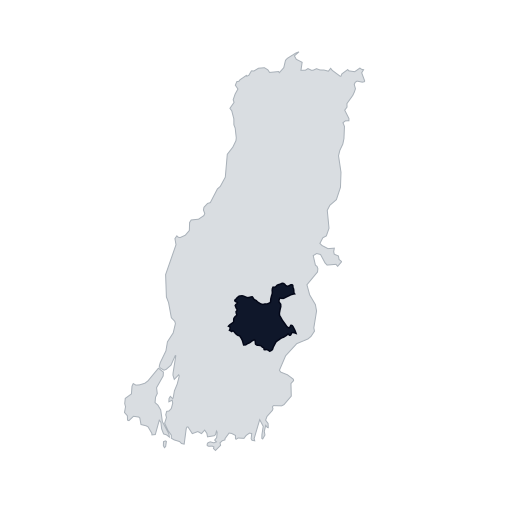 Konya on a map of Turkey (Robinson projection), rotated 287°
{"feature_id": "TUR-3011", "entity_name": "Konya", "entity_type": "Province", "adm_level": 1, "iso_a3": "TUR", "parent_name": "Turkey", "parent_adm1": "", "projection": "robinson", "projection_center": [32.808, 37.948], "detail": "fine", "context": "in_parent", "style": "filled", "palette": "ink", "viewbox_px": 512, "rotation_deg": 287, "n_neighbors": 0, "source": "natural_earth", "source_scale": "10m", "svg_char_len": 5974}
<svg xmlns="http://www.w3.org/2000/svg" viewBox="0 0 512 512"><g transform="rotate(287 256 256)"><path d="M389.6,187.9L396.5,190.1L398.7,188.5L404.8,188.7L410.4,189.9L413.3,186.3L417.2,186.7L418.0,188.5L419.9,189.2L425.9,194.0L425.2,194.6L426.7,196.3L431.7,197.5L432.3,199.9L436.3,203.5L438.5,209.0L437.5,212.9L435.5,215.3L439.0,223.7L438.1,224.7L444.2,227.5L451.8,227.0L454.2,228.2L461.8,234.8L463.8,237.4L458.6,234.2L455.9,237.0L454.7,243.5L446.7,244.7L448.1,248.9L450.4,250.9L449.8,254.9L450.5,256.5L452.8,259.1L452.6,262.8L453.7,266.6L453.9,271.2L457.3,272.5L455.8,274.7L452.5,283.9L452.8,284.7L455.3,284.9L461.1,289.2L460.2,290.6L461.1,296.5L466.1,300.4L465.4,302.4L465.6,304.4L462.1,303.5L455.1,308.8L454.3,308.6L453.3,306.8L452.8,301.5L451.1,300.1L448.8,299.8L445.0,302.2L441.5,302.1L437.9,301.6L428.4,298.4L425.0,299.5L421.4,298.2L414.6,304.7L412.5,305.3L411.4,302.0L408.9,300.2L405.8,302.7L393.9,305.8L388.4,306.3L381.6,305.3L376.0,305.6L360.9,312.8L346.4,316.7L333.4,316.4L326.1,311.8L320.5,310.8L303.9,317.7L295.8,317.4L293.0,314.6L286.7,313.4L285.3,316.1L284.1,322.7L286.4,328.6L282.9,329.0L280.6,330.3L280.1,334.8L276.9,336.5L275.8,339.3L275.2,339.4L270.0,337.1L271.4,334.9L268.1,326.6L269.6,324.0L276.3,317.3L276.1,313.3L273.1,310.6L264.6,315.5L263.9,317.4L261.9,318.9L258.7,319.5L243.4,313.1L234.5,318.7L226.9,327.0L221.1,330.0L204.2,332.3L201.2,333.9L195.4,332.2L191.9,330.0L184.1,320.6L169.3,313.5L153.6,311.8L152.2,313.6L151.6,320.8L149.1,327.7L147.8,328.4L144.3,326.7L132.3,330.7L122.0,326.2L120.2,324.3L118.0,316.4L116.5,315.8L114.9,316.9L113.1,316.8L105.8,313.4L101.8,313.2L99.4,316.5L95.4,317.9L95.3,317.0L96.9,314.8L90.7,315.2L87.4,316.9L83.0,315.9L83.3,314.9L86.9,313.9L95.2,312.7L100.6,307.4L80.8,307.6L78.9,308.8L78.6,306.1L79.8,304.8L85.0,303.8L84.7,301.5L81.6,299.1L78.1,297.8L76.7,292.1L75.0,290.6L75.2,289.8L78.4,288.8L79.2,284.6L78.8,282.0L72.5,279.8L71.0,280.0L69.5,277.8L66.8,276.2L64.6,277.5L58.2,274.1L59.5,271.6L61.1,271.6L61.4,269.7L60.2,266.5L60.4,264.8L61.8,264.3L63.4,264.7L64.9,266.6L65.0,270.3L66.7,272.5L67.9,270.3L70.8,271.5L76.1,270.4L77.1,269.4L73.3,269.5L71.9,268.6L68.9,262.5L72.1,260.8L74.5,257.8L70.2,255.8L71.1,251.7L67.5,247.0L72.6,241.0L72.4,240.1L70.8,239.7L55.1,242.3L54.9,239.6L56.2,237.2L56.2,231.5L57.0,228.3L59.9,227.4L63.5,222.8L69.4,217.5L75.4,217.6L77.8,216.1L81.3,216.0L82.3,218.1L85.4,219.6L90.9,219.4L93.6,218.0L91.1,215.3L94.2,214.5L96.7,215.1L95.3,218.0L96.0,218.3L103.2,217.4L110.6,218.1L118.8,217.7L119.8,216.8L114.1,213.9L117.8,211.4L119.9,210.9L137.1,208.5L137.2,207.9L126.7,206.6L121.3,203.2L119.9,201.4L121.0,196.9L122.2,195.7L126.0,195.6L138.9,197.6L148.1,196.4L158.2,199.3L167.8,198.7L169.8,197.4L172.2,193.1L185.9,186.0L190.6,182.3L211.8,175.0L243.4,176.2L248.9,173.4L252.1,174.4L251.2,176.2L251.4,178.0L255.2,182.3L260.9,184.8L268.7,182.7L271.5,183.5L274.4,190.3L279.4,194.3L281.6,194.6L284.6,192.3L287.4,192.0L292.1,194.3L293.7,196.7L308.9,199.5L312.1,201.5L322.4,203.6L344.9,198.8L353.3,202.0L360.3,203.1L363.2,202.6L372.2,198.7L375.0,196.5L380.7,194.7L387.7,190.4L389.6,187.9ZM98.1,175.9L97.4,178.9L98.7,182.3L101.8,186.9L105.0,189.2L120.2,195.5L117.9,201.4L114.1,202.3L101.0,199.4L95.6,201.8L91.7,201.2L86.3,202.3L84.7,205.8L80.9,209.9L70.2,214.9L60.3,224.8L57.5,226.1L58.8,222.7L58.8,219.7L63.1,216.3L69.1,213.7L70.7,211.5L55.8,211.9L54.5,208.8L56.0,208.2L61.0,202.8L61.5,200.6L61.2,195.3L67.2,192.2L67.7,190.9L66.9,185.7L61.4,182.6L61.5,181.1L65.6,179.7L67.9,176.0L73.7,175.3L76.5,173.6L81.6,172.6L87.7,177.2L95.2,175.5L98.1,175.9ZM52.5,224.5L47.4,225.3L45.9,224.5L47.5,222.9L51.4,221.8L52.7,223.4L52.5,224.5Z" fill="#d9dde1" stroke="#a8b0b8" stroke-width="1"/><path d="M208.0,248.8L208.9,249.5L209.3,249.7L210.5,250.1L212.7,251.6L213.9,254.2L214.0,255.6L213.9,257.0L213.7,258.6L213.7,260.1L214.2,261.2L214.8,262.3L215.4,263.2L215.9,264.3L215.5,265.0L214.2,266.4L213.8,267.3L213.4,269.4L212.7,270.5L212.2,271.9L212.0,272.9L211.7,273.8L211.5,276.0L212.3,278.1L212.6,278.3L212.8,278.6L213.0,279.7L213.4,280.7L214.8,282.4L215.7,283.3L216.7,283.3L219.3,282.7L222.7,282.5L224.5,282.6L226.2,282.2L227.9,281.5L229.6,281.2L231.2,281.4L231.5,282.8L232.3,283.9L233.3,284.3L234.3,284.8L235.2,285.9L236.0,287.2L236.8,288.1L237.6,289.0L237.8,290.5L237.3,291.9L236.8,292.5L236.4,293.2L236.3,294.4L236.3,295.2L237.2,296.3L237.7,296.8L238.6,297.6L239.1,298.8L238.8,299.6L238.4,299.9L237.3,300.3L236.6,300.6L235.6,301.5L234.4,302.1L232.4,302.8L231.8,303.1L231.1,304.0L230.6,303.0L229.1,300.6L227.7,299.2L226.0,297.3L223.5,294.7L223.0,293.0L223.0,292.6L222.9,291.3L221.9,291.0L219.8,290.9L218.8,291.5L218.1,292.3L217.1,293.7L214.8,294.5L211.4,294.7L208.1,295.1L206.0,295.9L204.9,297.2L202.3,299.9L199.6,303.5L197.5,306.1L196.9,307.9L197.1,308.8L198.4,309.4L199.8,309.5L200.1,310.2L200.0,311.0L199.3,312.0L196.2,315.0L193.7,316.9L193.8,315.1L193.5,313.3L193.0,312.6L192.3,312.5L191.3,312.4L190.4,312.1L190.0,311.3L190.3,310.5L190.8,310.1L190.8,309.3L190.1,308.9L189.2,308.5L187.7,307.2L187.1,306.7L186.4,306.1L185.5,304.8L184.4,303.7L182.8,302.6L181.4,301.4L179.6,300.2L173.9,299.1L171.7,299.1L170.7,298.7L169.9,298.0L169.4,297.5L168.9,296.9L169.5,295.4L169.7,293.8L169.4,292.8L168.9,292.0L168.9,291.1L169.8,290.8L170.6,290.0L170.7,288.7L171.6,287.3L171.5,285.2L171.0,283.1L171.5,281.4L172.2,281.0L173.8,280.4L175.2,279.5L175.4,278.7L173.8,277.3L173.3,276.6L172.5,276.3L171.0,275.1L169.7,273.5L168.0,272.1L167.3,270.2L171.2,267.7L172.9,266.1L174.9,263.7L174.9,263.1L174.8,262.5L174.8,262.0L175.2,260.6L175.8,259.3L177.5,256.7L177.7,255.6L177.3,255.4L176.6,254.8L176.7,254.4L176.9,254.1L177.2,252.3L178.5,252.5L180.2,252.2L180.5,251.7L180.7,251.0L180.8,250.2L181.7,250.6L182.6,251.1L185.8,253.6L186.6,253.9L188.9,253.2L190.0,253.1L191.8,253.7L192.5,254.1L193.3,254.8L194.3,254.8L195.6,253.8L196.9,253.2L198.6,253.9L199.6,253.3L200.4,252.3L202.6,250.6L203.7,250.9L204.9,251.8L205.9,252.0L206.2,251.5L206.4,250.1L206.6,249.4L207.0,248.8L208.0,248.8Z" fill="#0f172a" stroke="#020617" stroke-width="1.5"/></g></svg>